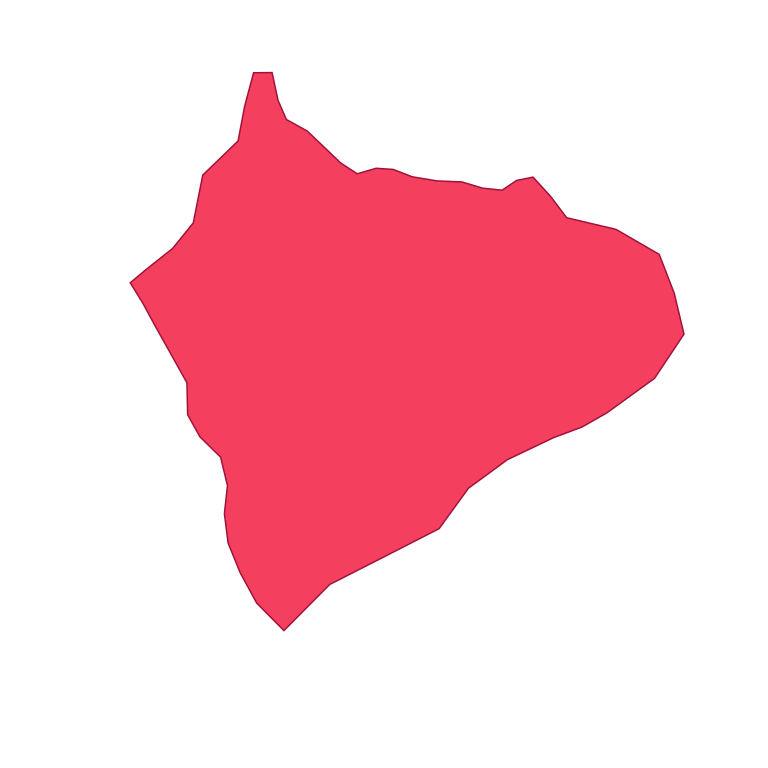 the District of Qobustan, rotated 107°
{"feature_id": "AZE-1711", "entity_name": "Qobustan", "entity_type": "District", "adm_level": 1, "iso_a3": "AZE", "parent_name": "Azerbaijan", "parent_adm1": "", "projection": "albers", "projection_center": [48.882, 40.527], "detail": "fine", "context": "isolated", "style": "filled", "palette": "rose", "viewbox_px": 768, "rotation_deg": 107, "n_neighbors": 0, "source": "natural_earth", "source_scale": "10m", "svg_char_len": 807}
<svg xmlns="http://www.w3.org/2000/svg" viewBox="0 0 768 768"><g transform="rotate(107 384 384)"><path d="M237.2,618.4L194.2,594.6L158.9,598.5L124.5,599.7L118.9,582.1L143.8,568.2L159.6,554.7L164.6,531.2L174.9,510.7L185.2,490.3L190.8,471.1L180.0,454.6L176.1,437.9L177.6,417.6L174.3,392.7L168.0,368.7L167.9,347.1L164.1,327.7L150.6,316.8L142.6,302.0L155.7,279.8L171.6,257.9L168.3,207.3L179.6,158.7L212.3,133.0L248.6,111.7L299.4,126.9L346.4,162.4L367.2,182.0L386.0,206.5L420.3,243.9L458.9,272.7L506.2,289.0L544.2,328.2L591.6,377.3L649.1,407.6L630.8,441.6L606.5,466.4L581.5,486.7L554.7,498.7L526.9,504.0L501.7,518.9L488.4,544.5L470.8,562.8L440.5,572.8L415.7,598.6L396.5,618.7L377.1,638.4L361.4,656.3L344.5,645.3L316.2,625.8L285.7,613.5L237.2,618.4Z" fill="#f43f5e" stroke="#9f1239" stroke-width="1.5"/></g></svg>